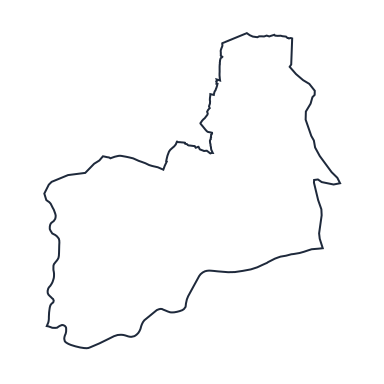 the district of Estanzuela, Zacapa, Guatemala, rotated 183°
{"feature_id": "79465075B47925591058231", "entity_name": "Estanzuela", "entity_type": "district", "adm_level": 2, "iso_a3": "GTM", "parent_name": "Guatemala", "parent_adm1": "Zacapa", "projection": "mercator", "projection_center": [-89.606, 14.975], "detail": "fine", "context": "isolated", "style": "outline", "palette": "slate", "viewbox_px": 384, "rotation_deg": 183, "n_neighbors": 0, "source": "geoboundaries", "source_scale": "gbopen_adm2", "svg_char_len": 5606}
<svg xmlns="http://www.w3.org/2000/svg" viewBox="0 0 384 384"><g transform="rotate(183 192 192)"><path d="M330.0,50.5L328.4,50.3L326.3,49.7L324.5,49.1L323.1,49.1L320.9,49.2L319.5,49.5L318.2,50.6L316.6,51.6L314.8,52.4L313.2,52.2L311.7,51.4L310.7,50.1L310.5,48.8L310.4,46.3L310.6,44.7L310.9,43.4L311.4,42.2L311.8,40.4L311.9,38.7L311.2,36.3L310.3,35.4L308.8,34.5L307.1,33.7L304.8,32.9L300.4,31.8L295.6,30.9L291.5,30.5L289.0,30.5L287.3,30.8L285.7,31.5L281.6,33.5L276.5,36.0L267.7,40.9L262.4,43.9L258.8,45.3L255.6,45.7L254.1,45.7L252.9,45.6L251.3,45.3L249.7,44.9L248.3,44.5L246.5,44.2L244.9,44.2L242.1,45.0L241.0,45.7L239.7,46.8L238.2,48.5L237.2,50.3L236.3,52.6L235.7,55.4L235.1,57.3L234.2,59.4L232.9,61.4L221.0,72.2L219.1,73.1L217.5,73.6L215.9,73.6L214.5,73.0L212.4,72.3L209.9,71.4L207.4,70.7L205.6,70.7L203.5,70.9L200.6,71.6L198.1,72.4L195.5,73.5L193.9,74.7L192.4,77.0L192.3,78.5L192.2,80.3L191.5,84.5L190.4,87.7L185.8,97.3L180.4,108.5L179.1,110.4L177.1,112.2L174.9,113.5L172.9,114.1L170.8,114.4L168.5,114.4L165.8,114.3L162.1,114.1L151.7,113.8L145.0,114.3L137.1,115.9L129.2,117.8L122.9,120.2L118.0,122.8L114.7,124.5L113.6,125.0L112.3,126.0L105.7,129.8L102.9,131.0L100.2,132.1L97.5,132.7L94.8,133.3L92.6,134.0L89.6,135.0L87.2,135.4L81.4,136.7L77.0,138.2L72.7,139.9L69.5,141.1L62.2,142.1L58.5,142.7L62.0,152.0L62.9,157.3L61.3,175.5L61.9,181.5L65.6,190.5L70.7,207.7L70.7,210.4L66.9,211.1L63.0,208.7L51.0,206.9L44.6,208.5L47.6,213.8L53.6,219.1L66.3,234.6L71.4,242.9L73.0,249.8L75.8,254.2L82.3,270.2L82.5,278.3L78.2,286.4L76.7,293.0L74.6,295.4L74.7,299.5L80.5,306.1L86.9,309.5L94.3,315.2L101.0,322.1L99.6,324.5L100.0,350.6L100.7,350.8L102.0,350.9L103.2,350.4L103.9,350.8L104.7,350.8L106.3,352.1L107.7,352.2L109.7,352.3L111.6,352.7L114.7,352.4L117.2,352.5L118.0,353.3L121.5,352.0L123.0,351.4L125.6,352.1L128.2,351.1L131.0,351.1L133.0,351.0L134.8,350.0L139.4,350.4L142.5,351.6L145.6,353.5L169.5,342.2L169.6,341.5L169.4,340.8L169.3,339.9L169.4,339.2L169.9,337.6L170.1,337.2L170.3,336.5L170.3,336.3L170.4,336.1L170.7,334.9L170.7,334.6L170.7,334.0L170.6,333.2L170.5,332.5L170.5,331.9L170.4,331.2L170.4,330.1L170.4,329.7L170.2,329.4L169.9,329.3L169.5,329.1L169.3,328.9L168.8,328.5L169.2,328.0L169.5,327.8L169.9,327.6L170.1,327.4L170.3,327.1L170.5,326.7L170.7,325.8L170.8,325.2L170.9,324.7L170.9,324.1L170.9,323.3L171.0,322.5L170.9,321.8L170.9,321.3L171.0,321.0L171.0,320.7L170.9,320.5L171.0,320.2L171.0,318.5L170.7,313.4L170.7,311.7L170.6,309.8L170.4,308.4L170.1,306.2L169.8,304.8L173.3,305.7L173.1,305.2L172.9,304.7L172.9,304.4L173.3,304.1L173.6,303.8L173.2,303.1L173.2,302.4L173.3,301.4L172.2,301.3L172.4,300.3L172.5,299.6L172.6,299.2L173.0,297.6L173.1,297.2L173.3,296.8L173.5,296.2L173.8,295.0L174.1,294.4L174.5,293.9L174.8,293.1L174.9,292.6L175.0,292.0L175.2,291.0L175.3,290.1L178.8,290.7L178.8,289.1L178.9,287.9L179.0,286.9L179.0,286.3L179.0,285.7L179.0,284.7L178.7,283.7L178.7,281.2L179.5,278.5L179.0,277.3L178.7,276.7L179.0,276.4L180.3,274.7L180.8,273.6L181.1,272.9L180.4,271.3L180.6,270.1L181.2,269.2L183.2,266.3L184.5,265.1L185.7,263.6L186.4,262.4L186.9,261.7L187.2,261.1L186.9,260.5L184.7,258.1L181.9,255.0L180.4,253.5L179.9,253.2L179.2,252.8L176.7,252.5L175.1,252.2L175.0,251.7L175.1,251.2L175.4,250.7L175.9,250.3L175.8,249.6L176.0,248.5L175.8,247.8L175.8,247.4L176.2,246.8L176.1,246.4L176.0,246.1L176.0,245.7L176.3,245.4L176.7,244.6L176.8,243.9L176.6,242.9L176.5,241.9L176.0,240.6L176.0,239.8L175.7,238.6L175.4,237.7L175.3,236.7L175.1,235.8L174.9,235.1L174.0,233.4L173.3,232.1L173.7,232.1L174.4,232.0L175.3,231.7L175.7,231.5L175.9,231.6L176.4,231.9L176.9,232.3L177.9,233.0L179.3,233.9L179.4,234.0L179.5,234.0L180.1,233.9L180.8,233.8L181.2,233.7L181.5,233.7L182.0,233.6L182.3,233.6L182.7,233.8L184.0,234.2L184.9,234.5L186.2,234.9L186.5,235.1L186.9,235.8L187.9,237.5L188.1,237.5L188.3,237.4L188.6,237.3L189.1,237.0L190.6,236.4L190.7,236.5L190.9,236.7L191.2,237.3L191.4,237.7L191.5,237.8L191.8,238.0L192.3,238.0L192.7,238.0L194.0,238.1L196.3,238.3L197.6,238.3L198.2,238.5L198.7,238.7L199.0,239.0L199.5,239.5L200.5,239.7L201.3,239.8L201.5,240.0L201.5,240.3L201.6,240.7L201.6,240.8L201.8,240.9L202.3,240.9L202.9,240.9L203.5,241.0L204.7,241.0L206.3,241.1L208.0,241.1L208.7,241.1L209.0,241.2L209.3,241.3L209.4,241.5L209.7,241.5L210.7,238.6L211.5,237.6L212.1,236.7L213.6,235.3L214.9,234.0L215.9,233.0L217.1,231.1L218.4,227.0L219.0,223.9L219.4,221.4L218.8,221.1L220.6,216.7L221.8,212.8L227.4,214.9L233.1,215.9L236.3,216.7L240.1,218.3L244.0,219.5L246.8,220.3L252.5,222.5L256.2,223.2L259.3,223.7L262.4,224.1L264.8,224.4L266.2,224.4L267.4,224.2L270.9,223.2L275.3,221.4L275.7,221.7L276.0,221.8L276.2,222.0L276.5,222.1L276.8,222.1L277.2,222.2L277.7,222.3L278.3,222.3L280.1,222.6L281.3,222.8L282.8,223.0L286.2,218.6L291.2,215.1L299.6,205.5L316.7,202.4L332.7,194.8L335.4,191.8L339.4,182.7L337.1,176.4L335.7,175.4L334.0,174.4L332.5,172.9L330.3,169.0L329.1,167.1L327.4,163.1L326.9,161.4L326.9,159.8L327.2,158.0L328.6,155.7L330.1,154.5L331.3,153.3L331.9,151.8L332.2,149.9L332.1,147.6L331.3,146.0L329.4,143.3L328.3,142.8L326.3,141.9L324.6,140.7L323.5,139.5L322.6,138.5L322.0,136.6L321.8,134.5L321.8,131.9L321.6,124.4L321.6,121.3L321.9,119.2L322.6,117.7L323.5,116.3L324.5,115.0L326.1,112.7L326.5,111.1L326.4,108.3L326.3,106.9L325.8,104.9L325.5,103.2L325.4,100.9L325.5,99.0L325.9,97.2L326.5,95.0L327.2,93.3L328.5,91.0L329.8,89.4L330.5,88.1L331.0,85.7L330.8,83.6L330.0,82.0L328.4,80.5L327.4,79.7L326.1,78.5L325.1,77.8L324.4,76.2L324.8,74.5L326.4,73.1L327.5,71.4L328.0,69.1L328.2,66.9L328.3,65.6L328.4,64.3L328.4,62.1L328.4,59.7L328.3,57.8L328.4,55.9L328.7,54.1L330.0,50.5Z" fill="none" stroke="#1e293b" stroke-width="2"/></g></svg>